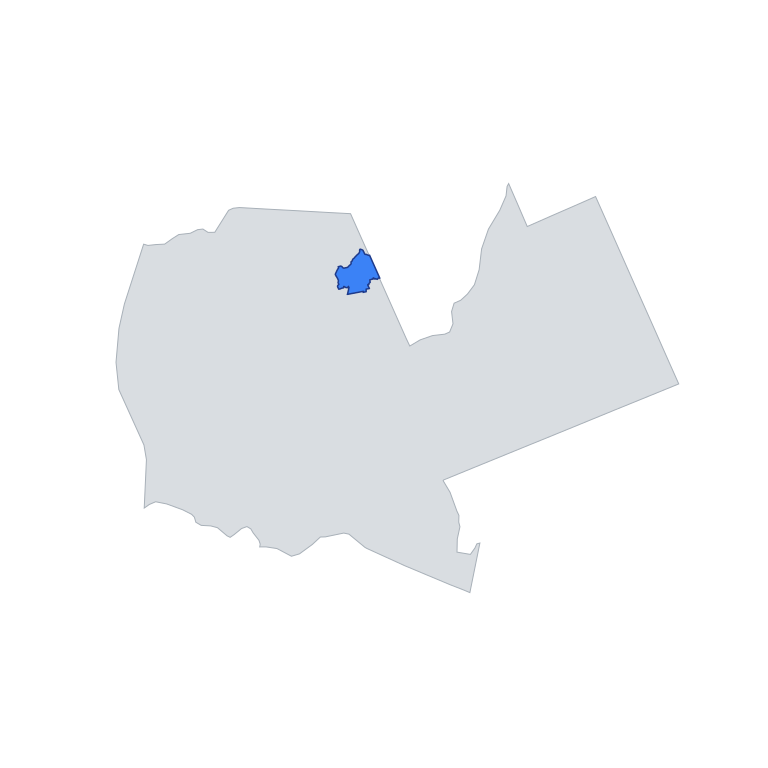 Barillas, Huehuetenango, Guatemala shown in context, rotated 66°
{"feature_id": "79465075B26055354107156", "entity_name": "Barillas", "entity_type": "district", "adm_level": 2, "iso_a3": "GTM", "parent_name": "Guatemala", "parent_adm1": "Huehuetenango", "projection": "natural_earth1", "projection_center": [-91.212, 15.915], "detail": "fine", "context": "in_parent", "style": "filled", "palette": "blue", "viewbox_px": 768, "rotation_deg": 66, "n_neighbors": 0, "source": "geoboundaries", "source_scale": "gbopen_adm2", "svg_char_len": 4636}
<svg xmlns="http://www.w3.org/2000/svg" viewBox="0 0 768 768"><g transform="rotate(66 384 384)"><path d="M158.5,546.7L161.4,543.3L163.9,535.5L167.0,527.5L165.1,518.2L164.0,510.7L167.5,499.7L167.2,491.5L168.8,486.4L173.9,483.1L176.6,476.9L162.1,455.3L162.1,450.3L164.0,444.3L175.9,421.2L189.9,393.8L205.5,363.5L214.8,345.3L248.8,345.3L271.4,345.2L299.9,345.2L331.0,345.2L351.4,345.2L359.8,345.0L358.4,333.1L359.5,320.0L363.2,308.2L363.2,302.9L357.1,296.5L345.3,292.8L338.7,287.1L338.7,279.9L335.8,271.2L330.1,261.0L318.3,250.6L300.3,239.9L285.0,225.6L272.4,207.6L261.8,196.0L253.6,191.2L251.6,188.6L275.7,188.8L298.4,189.1L298.5,163.3L298.7,140.4L298.8,114.5L340.0,114.5L389.1,114.6L440.1,114.6L480.2,114.7L503.8,114.7L502.8,146.8L501.6,183.9L500.8,211.2L499.7,247.7L498.5,284.9L496.9,335.7L495.9,368.5L496.4,369.3L509.8,367.7L529.7,369.1L534.5,369.0L540.6,371.9L545.3,372.7L555.4,380.1L567.3,385.7L574.8,374.4L570.8,367.6L567.8,364.2L568.3,361.1L609.5,390.4L604.7,394.9L594.2,405.3L575.3,423.1L558.3,439.1L542.0,453.5L527.3,466.5L525.6,467.8L506.9,477.1L503.8,481.4L499.8,499.8L497.9,504.4L501.4,514.6L504.8,530.3L503.7,538.6L490.8,548.7L484.9,557.9L482.3,563.8L479.9,562.2L475.9,561.8L466.7,564.1L462.2,564.6L458.5,567.2L458.1,572.9L460.6,582.1L461.5,586.9L458.9,589.1L447.5,594.6L443.1,600.1L438.8,608.5L433.8,612.1L428.5,611.4L424.9,612.7L417.0,619.1L405.1,631.4L398.7,640.5L398.6,647.4L399.8,653.5L356.5,631.8L342.1,628.1L281.2,628.5L255.2,620.0L225.4,603.5L205.3,588.6L158.5,546.7Z" fill="#d9dde1" stroke="#a8b0b8" stroke-width="1"/><path d="M287.2,380.9L287.4,380.5L287.5,379.9L287.6,379.2L287.8,378.6L287.9,378.1L288.2,376.7L288.3,376.4L288.4,376.1L288.5,375.5L289.0,373.7L289.1,372.9L289.7,370.6L289.9,369.7L290.4,367.4L290.7,366.1L291.0,365.3L291.7,365.7L291.8,365.7L291.9,365.4L291.9,365.0L292.0,364.8L292.2,363.8L292.3,363.3L292.3,363.0L292.4,362.9L292.3,362.7L292.2,362.7L290.1,361.7L290.3,360.6L290.8,358.8L290.8,358.7L290.7,358.5L290.4,358.5L290.0,358.5L289.6,358.5L288.2,358.6L287.0,358.6L286.8,358.5L286.8,358.4L286.7,358.3L286.6,358.1L286.7,357.9L287.0,357.6L287.0,357.4L286.8,357.3L286.6,357.3L286.4,357.2L286.2,357.0L285.9,356.5L285.7,355.9L285.6,355.5L285.5,355.4L285.4,355.2L285.2,355.1L284.4,355.1L284.2,355.1L283.7,354.8L283.6,354.7L283.4,354.6L283.1,354.5L283.1,354.3L283.3,353.7L283.3,352.6L283.4,352.3L283.5,351.9L283.7,351.6L283.7,351.4L283.1,351.2L282.8,350.8L282.8,350.5L283.4,350.0L284.2,349.9L284.3,349.8L284.5,349.5L284.3,349.2L284.3,348.9L285.0,348.3L285.1,348.0L285.2,347.9L285.6,347.6L285.6,347.3L285.3,346.8L285.3,346.7L285.1,346.5L285.0,346.2L285.0,345.7L285.5,345.0L285.5,344.8L260.6,344.8L260.6,345.1L260.5,345.3L260.2,345.7L259.8,346.1L259.4,346.6L258.4,347.4L258.3,347.7L258.1,348.1L258.0,348.4L257.8,348.6L257.4,348.7L256.2,348.8L255.4,348.7L254.5,348.9L253.6,348.8L253.2,348.9L252.9,349.1L252.0,349.9L251.5,350.5L251.3,350.7L251.2,350.8L251.2,351.3L251.6,351.7L251.8,351.9L252.2,351.9L253.0,352.3L253.6,352.8L254.2,353.6L254.3,353.7L254.5,353.9L254.6,354.2L254.6,354.4L254.6,354.5L254.9,355.3L255.2,356.4L255.4,356.9L255.6,357.3L256.3,359.1L256.6,359.6L256.9,360.1L257.0,360.7L257.2,361.5L257.4,361.9L257.6,362.1L257.8,362.3L258.0,362.4L258.1,362.5L258.8,363.4L258.8,363.5L258.9,364.1L259.0,364.3L259.1,364.5L259.3,364.6L260.0,364.8L260.4,364.9L260.5,365.0L260.8,365.2L260.9,365.4L261.0,365.6L261.1,365.8L261.3,366.1L261.4,366.5L261.6,367.4L261.9,368.0L262.1,368.6L262.3,369.0L262.5,369.5L262.6,369.8L262.6,370.1L262.5,370.5L262.4,371.0L262.2,371.8L262.1,372.3L262.0,373.0L261.9,373.3L261.7,373.6L261.6,373.9L261.4,374.0L261.2,374.2L261.0,374.3L260.7,374.4L259.9,374.6L259.6,374.7L259.0,375.2L258.8,375.4L258.5,376.0L258.5,376.8L258.3,377.6L258.3,378.1L259.0,378.2L259.7,378.6L259.9,378.8L260.1,379.4L260.6,380.0L261.6,381.3L262.3,382.0L262.8,382.6L263.1,383.0L263.4,383.3L263.8,383.7L264.1,383.8L264.4,384.0L265.2,383.8L266.0,383.9L266.7,383.7L266.8,383.7L268.5,383.5L269.4,383.5L270.5,383.5L271.2,383.7L271.6,383.9L272.2,384.4L272.6,384.7L273.3,384.8L274.3,384.7L274.5,384.7L274.6,384.8L274.7,385.1L274.8,385.3L275.0,385.7L275.2,386.1L275.4,386.4L275.8,386.6L276.1,386.8L276.4,386.8L276.7,386.9L277.1,386.8L277.3,386.8L277.5,386.8L277.8,386.8L278.1,386.8L278.9,386.8L279.0,386.7L279.3,385.6L279.3,385.0L279.3,384.6L279.3,383.8L279.5,382.7L279.6,382.3L279.6,382.1L279.7,381.8L279.5,381.6L279.4,381.5L278.6,381.2L278.6,380.9L278.8,380.8L279.1,380.5L279.5,380.2L280.2,379.8L281.1,378.4L281.1,378.2L280.7,377.3L280.5,376.9L281.3,376.7L281.5,376.7L282.3,377.3L282.6,377.5L283.5,378.1L284.4,378.8L285.5,379.6L285.9,379.9L287.2,380.9Z" fill="#3b82f6" stroke="#1e3a8a" stroke-width="1.5"/></g></svg>